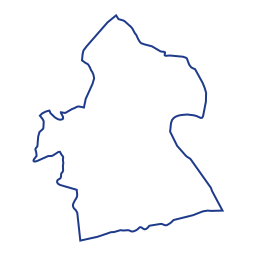 SVG path tracing the border of Kâmpóng Thum, rotated 90°
{"feature_id": "KHM-1788", "entity_name": "Kâmpóng Thum", "entity_type": "Province", "adm_level": 1, "iso_a3": "KHM", "parent_name": "Cambodia", "parent_adm1": "", "projection": "albers", "projection_center": [105.072, 12.831], "detail": "fine", "context": "isolated", "style": "outline", "palette": "blue", "viewbox_px": 256, "rotation_deg": 90, "n_neighbors": 0, "source": "natural_earth", "source_scale": "10m", "svg_char_len": 2994}
<svg xmlns="http://www.w3.org/2000/svg" viewBox="0 0 256 256"><g transform="rotate(90 128 128)"><path d="M46.1,169.2L22.4,148.5L15.4,139.9L19.1,137.5L20.4,133.0L21.1,131.5L27.2,124.7L29.1,123.3L32.8,121.4L34.6,120.0L35.0,119.7L39.0,117.9L41.5,116.4L42.5,115.6L43.1,115.0L44.3,111.8L46.3,104.1L51.3,95.6L51.6,94.6L51.8,92.2L52.1,91.3L52.4,91.0L53.2,91.0L53.9,91.3L55.2,91.3L55.6,90.8L55.8,90.0L55.5,86.2L56.7,73.2L57.4,71.0L57.8,70.0L58.2,69.3L59.1,68.9L64.2,67.0L65.4,66.3L67.3,64.8L68.0,63.7L69.2,60.9L83.0,53.3L88.0,51.3L92.8,49.9L101.6,50.1L115.5,52.8L116.9,53.3L117.8,54.0L117.9,55.2L117.5,56.3L116.1,59.3L115.3,62.1L114.5,68.8L115.0,74.6L115.6,77.6L116.8,80.6L117.6,81.7L118.2,82.4L119.9,83.9L123.2,85.0L131.6,85.9L145.8,78.9L155.7,70.2L156.8,68.9L158.7,65.9L159.3,65.3L187.8,45.1L191.1,43.9L210.6,33.5L210.9,44.8L210.6,48.3L211.4,53.3L215.2,63.0L220.0,82.4L220.3,82.7L222.3,84.7L223.5,86.3L224.7,88.3L225.2,89.3L225.3,90.2L225.1,91.3L224.1,93.8L223.9,94.7L224.0,95.8L225.6,105.9L225.9,106.8L226.2,107.2L227.1,107.7L227.5,108.1L228.1,108.7L228.9,109.9L229.2,110.7L229.3,111.3L229.2,111.9L228.7,112.8L227.7,114.1L227.5,114.6L227.2,115.5L227.3,116.2L227.5,116.6L229.2,118.3L230.2,119.8L231.1,121.8L231.4,122.9L231.5,123.8L231.4,124.4L231.3,124.9L230.8,125.9L230.6,126.3L230.2,127.9L230.5,132.8L230.2,135.6L232.0,141.8L232.2,145.0L236.7,158.2L240.6,175.7L213.1,178.7L212.4,178.9L210.2,180.2L208.4,182.0L207.7,182.4L206.8,182.8L205.4,183.1L204.5,183.0L203.4,182.6L201.1,181.5L199.4,180.5L199.1,180.2L198.3,179.8L196.6,179.0L194.7,178.8L189.8,179.3L185.0,195.8L183.9,197.8L183.3,198.3L182.2,198.9L181.4,198.9L180.8,198.8L180.3,198.5L180.0,198.2L179.7,197.9L179.4,197.5L179.0,196.6L178.7,196.2L178.4,195.8L178.0,195.5L177.6,195.3L177.1,195.1L176.4,195.0L174.5,194.9L173.9,194.8L173.4,194.6L173.0,194.4L171.9,193.4L171.4,193.2L170.9,193.0L170.3,192.9L166.1,193.1L164.9,193.0L164.2,192.8L163.0,192.7L162.0,192.8L160.8,193.0L159.7,193.1L157.3,192.8L156.8,193.0L156.3,193.2L154.1,194.9L152.2,195.8L151.8,196.1L151.8,196.9L152.2,198.0L155.6,203.3L155.8,203.9L156.0,204.7L156.1,207.9L161.0,218.9L161.3,219.9L161.5,221.0L161.6,221.5L161.5,221.8L161.3,222.1L160.8,222.5L159.5,222.2L155.9,219.4L152.2,219.8L150.8,220.2L150.0,220.5L149.3,220.6L148.8,220.5L148.2,220.2L146.6,218.8L146.2,218.6L136.5,217.8L132.0,216.5L129.1,213.2L128.7,213.0L128.3,212.7L127.5,212.6L122.1,212.3L121.1,212.4L119.2,213.3L115.7,216.1L113.4,213.8L111.6,210.3L111.3,209.4L110.6,206.6L113.2,205.5L117.3,201.2L118.2,199.8L118.9,198.6L119.6,196.7L119.7,196.0L119.7,195.4L119.3,193.8L119.1,193.4L118.7,193.1L118.3,192.9L116.8,193.0L113.0,195.0L112.7,195.1L112.3,195.1L112.8,191.9L112.9,190.8L112.5,189.9L109.0,183.9L108.2,181.7L107.2,179.9L106.5,178.2L106.5,176.9L107.5,172.1L98.9,170.3L83.9,163.5L78.5,161.9L77.7,162.0L74.6,162.6L72.1,163.7L70.1,165.0L67.8,165.9L64.8,167.6L64.1,168.3L63.8,168.7L63.4,169.7L62.7,170.8L60.4,174.0L54.3,173.4L51.9,172.9L50.3,172.4L46.1,169.2Z" fill="none" stroke="#1e3a8a" stroke-width="2"/></g></svg>